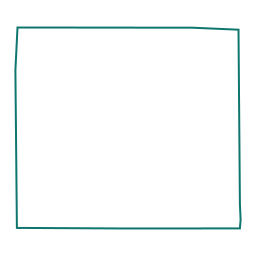 outline of Roscommon, Michigan, United States of America
{"feature_id": "52423323B93636603770838", "entity_name": "Roscommon", "entity_type": "district", "adm_level": 2, "iso_a3": "USA", "parent_name": "United States of America", "parent_adm1": "Michigan", "projection": "robinson", "projection_center": [-84.548, 44.336], "detail": "fine", "context": "isolated", "style": "outline", "palette": "teal", "viewbox_px": 256, "rotation_deg": 0, "n_neighbors": 0, "source": "geoboundaries", "source_scale": "gbopen_adm2", "svg_char_len": 239}
<svg xmlns="http://www.w3.org/2000/svg" viewBox="0 0 256 256"><path d="M238.5,29.7L192.3,27.7L17.5,27.5L15.4,70.2L16.9,227.9L129.2,228.5L239.9,228.4L240.6,219.8L239.9,203.6L238.5,29.7Z" fill="none" stroke="#0f766e" stroke-width="2"/></svg>